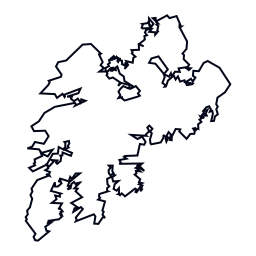 the district of Vestvågøy nor, Nordland, Norway
{"feature_id": "86288312B23095338426398", "entity_name": "Vestvågøy nor", "entity_type": "district", "adm_level": 2, "iso_a3": "NOR", "parent_name": "Norway", "parent_adm1": "Nordland", "projection": "albers", "projection_center": [13.78, 68.202], "detail": "fine", "context": "isolated", "style": "outline", "palette": "ink", "viewbox_px": 256, "rotation_deg": 0, "n_neighbors": 0, "source": "geoboundaries", "source_scale": "gbopen_adm2", "svg_char_len": 5731}
<svg xmlns="http://www.w3.org/2000/svg" viewBox="0 0 256 256"><path d="M38.0,240.6L49.1,231.4L46.5,230.8L45.3,226.8L51.2,222.5L47.9,222.8L48.6,220.8L58.9,219.3L61.6,216.9L59.6,213.1L61.6,214.5L60.6,212.1L62.6,211.5L59.9,208.1L58.4,209.5L62.0,203.4L51.8,202.9L56.5,199.2L55.2,195.5L59.9,196.6L59.6,193.6L59.8,193.4L60.4,193.7L60.7,193.7L60.9,193.6L50.9,190.9L54.9,182.3L55.1,186.5L57.9,186.5L61.5,183.4L60.3,180.5L58.6,182.1L60.1,178.6L68.8,181.3L70.2,176.9L71.9,178.9L75.6,173.5L79.9,173.4L69.3,182.1L67.8,185.8L70.5,186.1L67.4,189.4L70.6,188.3L71.3,184.1L74.0,181.9L75.7,184.3L77.1,183.0L77.6,183.6L79.9,182.4L80.1,182.4L74.3,188.4L77.6,188.7L75.6,191.3L82.1,197.2L71.2,203.0L77.9,207.4L74.5,208.3L73.4,211.8L80.9,207.1L82.8,209.0L75.8,217.6L76.6,219.8L75.8,221.3L93.8,214.3L95.4,216.4L94.2,223.6L98.3,223.9L103.1,216.9L105.1,217.9L102.5,214.6L103.7,211.8L102.4,210.6L105.0,201.4L98.1,199.6L100.1,197.8L98.9,196.3L99.4,194.0L108.1,191.3L107.0,190.9L107.2,188.0L109.3,186.3L107.5,184.2L107.1,178.9L111.5,176.8L108.8,173.1L108.6,170.2L110.6,167.6L108.8,165.6L112.7,165.6L112.3,171.1L113.6,173.1L111.9,174.3L115.0,175.2L112.1,177.5L113.2,181.5L118.5,181.0L114.7,184.2L113.6,188.9L116.7,190.7L118.9,188.1L119.1,193.6L118.2,194.1L120.2,194.5L119.4,195.9L121.7,193.4L125.0,196.3L135.1,188.6L136.7,189.5L135.5,191.9L136.6,192.3L140.2,186.9L141.1,188.1L140.5,191.3L142.1,189.1L141.2,188.1L142.5,185.5L139.3,184.3L142.0,183.1L138.9,182.3L140.2,179.2L134.7,174.6L136.4,173.4L135.9,170.9L140.2,171.4L137.0,168.7L139.2,168.5L139.1,168.0L136.1,167.7L138.3,166.1L136.6,166.2L138.6,165.0L137.6,164.0L139.8,165.4L138.1,167.3L144.3,170.9L139.4,166.0L142.2,163.5L119.2,163.8L120.9,162.9L119.4,160.0L126.6,158.7L123.9,156.8L124.9,156.0L137.4,155.5L139.9,144.0L144.2,144.7L145.6,141.9L142.2,136.7L137.5,139.0L131.1,134.9L146.3,135.8L145.4,135.1L149.2,131.1L147.3,127.5L149.3,125.6L152.4,128.7L150.1,131.8L151.8,133.3L150.0,139.3L150.4,143.1L151.2,144.3L160.8,142.4L163.5,137.6L163.4,135.8L163.8,135.4L166.9,137.4L165.6,138.6L166.4,141.6L168.2,137.7L166.6,135.9L168.6,132.1L170.9,134.5L169.7,139.9L171.7,140.2L171.7,136.8L175.7,129.0L180.3,129.4L179.3,131.5L186.6,138.8L190.4,133.9L194.3,133.8L194.8,131.3L193.1,128.6L195.0,128.1L196.0,131.2L195.2,128.5L198.4,129.1L198.1,124.3L201.4,121.9L199.5,119.6L201.5,118.4L200.4,116.5L204.1,118.1L201.8,115.3L203.9,112.8L204.5,115.6L206.7,115.6L205.7,113.6L207.5,109.7L202.6,111.8L206.2,107.4L209.1,106.3L210.9,109.2L209.8,111.7L212.3,110.9L212.9,113.7L211.2,121.1L214.0,120.9L214.9,116.5L217.8,114.3L216.3,109.2L217.7,106.7L216.2,104.1L217.5,97.6L225.0,92.3L230.3,84.2L219.6,67.8L207.7,61.0L203.6,63.0L198.8,71.2L193.4,70.8L192.9,75.8L195.4,77.5L192.8,81.5L190.9,78.8L185.6,82.3L192.8,83.6L192.1,84.3L186.9,85.1L184.5,80.3L180.1,81.6L177.9,76.4L175.6,79.5L173.8,75.6L168.0,80.5L165.9,86.5L164.6,86.7L165.5,85.3L162.4,82.9L164.7,77.2L163.8,73.8L155.4,63.7L149.1,62.8L151.5,58.4L158.5,56.4L167.8,69.4L163.9,74.1L169.1,76.7L170.9,73.2L171.9,76.3L175.0,71.7L179.8,71.9L178.6,68.4L186.3,67.2L185.9,67.7L188.8,70.1L190.7,68.3L186.7,68.0L189.2,64.7L183.7,59.2L184.0,55.0L182.5,53.6L186.5,48.9L187.1,41.5L179.8,27.7L181.0,26.8L179.5,27.0L179.6,24.3L181.0,26.4L176.6,16.1L169.5,18.1L167.1,15.4L156.0,21.4L155.6,17.9L152.8,18.2L158.1,23.5L157.3,23.5L157.3,23.8L156.8,24.0L156.4,24.5L158.3,25.9L157.2,30.8L158.0,31.4L155.2,34.7L155.2,32.3L149.3,31.8L151.5,29.2L150.3,29.4L151.2,27.4L149.9,27.0L149.0,24.0L151.5,26.4L153.5,23.9L149.0,18.4L149.1,22.9L142.2,24.0L142.9,24.5L141.6,27.7L142.4,28.4L150.3,28.1L146.0,30.2L144.9,32.5L147.0,35.2L144.4,36.1L144.8,39.5L139.1,44.1L143.7,46.3L138.8,44.3L139.0,49.8L131.5,50.1L132.6,52.2L131.8,53.4L135.4,56.7L133.4,57.7L132.7,62.7L126.1,61.1L128.1,65.0L124.6,68.9L126.1,65.9L125.1,65.3L127.1,64.6L125.2,62.2L125.9,63.9L123.9,64.5L125.0,64.8L124.7,65.5L122.1,64.2L122.0,60.7L119.9,60.4L120.0,57.9L118.1,61.9L117.4,61.0L118.2,58.1L117.0,57.1L117.0,58.3L115.5,57.4L114.7,58.9L113.4,58.3L112.6,59.7L111.6,59.8L114.4,55.5L109.0,60.2L109.9,62.9L107.9,64.3L109.0,66.1L105.4,68.0L105.8,70.9L107.8,71.3L110.8,68.0L112.7,67.8L111.1,70.7L112.4,70.8L114.2,67.5L113.6,69.7L115.8,70.2L115.5,67.8L117.3,66.5L119.8,73.7L123.7,76.4L124.5,81.0L132.9,86.3L129.7,89.2L135.8,86.1L139.9,90.9L137.9,93.5L139.8,95.7L137.8,96.6L124.7,100.5L121.4,98.0L122.6,96.9L118.5,98.0L120.3,95.2L118.5,91.6L120.6,88.6L123.3,86.1L128.6,88.5L129.9,85.2L121.2,82.9L118.2,85.9L120.0,82.3L112.9,77.5L109.3,78.6L106.5,75.2L107.5,73.7L106.3,71.5L99.4,71.6L103.9,68.1L100.6,65.2L102.7,62.1L99.0,54.4L99.3,53.9L100.4,54.1L100.6,53.9L99.0,53.8L100.6,53.4L91.0,44.0L82.6,44.6L66.2,60.5L58.2,62.2L56.0,66.5L61.5,74.5L61.0,76.8L48.7,80.8L49.7,82.2L48.3,85.0L40.4,93.4L54.8,94.1L57.0,97.9L62.5,93.8L64.6,97.0L65.0,96.2L64.3,95.4L64.3,94.7L80.5,88.6L78.4,93.2L67.2,96.6L71.8,96.9L71.0,98.9L74.0,101.2L77.8,98.6L80.5,102.5L81.3,99.3L85.5,100.8L75.1,105.7L76.0,104.3L74.8,102.9L54.9,106.8L44.5,112.9L38.8,121.4L31.4,126.3L34.0,131.1L45.2,130.7L48.6,136.2L43.9,143.8L34.9,142.0L32.2,146.6L27.4,148.4L38.9,149.3L41.7,152.9L52.6,149.7L47.7,156.4L41.0,153.3L42.1,156.0L34.6,159.4L35.1,162.7L33.8,163.5L35.0,165.3L29.1,167.8L32.8,171.4L46.7,164.6L52.9,153.8L57.9,153.6L58.7,147.0L63.7,149.7L64.3,148.0L65.2,147.4L65.4,143.2L64.4,142.0L68.9,141.0L69.3,143.5L67.7,146.2L68.7,147.5L64.5,149.6L72.0,152.9L70.9,155.8L62.6,152.5L62.4,155.3L60.3,155.6L61.2,156.9L60.7,160.9L57.2,163.8L56.0,162.5L57.4,160.5L51.5,160.0L53.6,161.6L49.3,166.3L47.1,165.1L48.3,168.3L45.3,170.2L50.0,172.1L48.9,174.1L49.6,175.7L46.3,173.8L48.1,175.9L37.2,180.1L31.5,188.7L32.4,191.5L30.5,195.0L32.2,198.9L29.9,207.4L27.1,210.7L27.8,214.4L25.7,217.1L26.8,219.1L25.8,220.8L35.5,233.8L33.6,236.9L35.1,240.2L38.0,240.6Z" fill="none" stroke="#020617" stroke-width="2"/></svg>